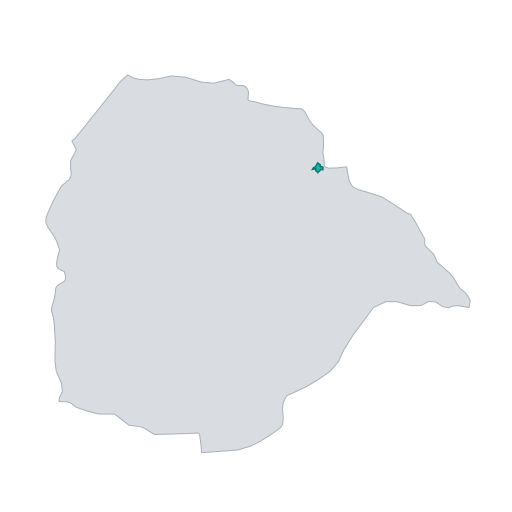 Plumtree, Matabeleland South, Zimbabwe (highlighted), rotated 175°
{"feature_id": "62879985B2376154175895", "entity_name": "Plumtree", "entity_type": "district", "adm_level": 2, "iso_a3": "ZWE", "parent_name": "Zimbabwe", "parent_adm1": "Matabeleland South", "projection": "albers", "projection_center": [27.803, -20.508], "detail": "fine", "context": "in_parent", "style": "filled", "palette": "teal", "viewbox_px": 512, "rotation_deg": 175, "n_neighbors": 0, "source": "geoboundaries", "source_scale": "gbopen_adm2", "svg_char_len": 2672}
<svg xmlns="http://www.w3.org/2000/svg" viewBox="0 0 512 512"><g transform="rotate(175 256 256)"><path d="M367.9,447.6L363.3,444.3L356.8,442.1L348.6,440.9L337.9,441.1L324.7,442.7L310.6,440.3L295.6,434.1L283.1,431.8L268.1,434.2L267.4,434.3L264.8,432.2L260.8,427.8L254.0,426.9L252.1,425.9L250.6,424.2L249.6,422.1L249.2,419.8L250.4,412.5L249.8,411.7L248.0,410.8L244.2,409.9L235.2,406.6L223.9,403.3L205.5,399.7L198.3,398.8L196.7,397.7L194.6,395.1L191.1,386.7L187.7,381.2L179.8,372.7L178.5,370.0L178.9,363.3L179.5,357.8L180.4,353.2L180.0,348.8L179.9,343.5L180.1,339.8L179.0,338.3L176.1,337.2L167.9,336.7L157.9,336.9L157.6,331.5L156.6,323.0L154.7,318.1L152.4,315.6L147.8,313.0L138.5,309.4L125.7,304.0L114.8,295.9L102.3,285.9L98.4,284.1L93.7,274.7L86.5,258.4L86.9,253.0L85.8,250.4L78.9,242.4L77.3,238.3L76.1,234.1L65.0,222.5L61.3,217.5L58.3,210.9L55.5,205.7L53.0,203.6L49.9,200.1L47.7,196.1L46.6,193.0L47.4,188.9L48.4,186.1L58.8,188.9L64.5,189.0L68.9,187.6L74.5,189.4L81.1,194.6L88.2,195.6L95.9,192.2L106.4,193.1L119.6,198.2L130.5,199.2L143.4,194.5L155.0,181.4L165.9,169.2L176.6,155.0L183.1,143.6L192.6,134.4L205.2,127.2L218.0,121.2L237.6,114.0L241.6,107.9L242.9,101.2L243.0,92.0L244.1,86.0L246.1,83.3L249.4,81.2L253.7,78.5L266.7,71.6L277.6,67.2L290.9,64.4L305.4,64.5L319.4,64.7L327.3,64.8L327.3,73.7L327.8,83.7L329.3,84.7L339.8,85.1L356.6,86.1L372.8,87.1L383.0,94.6L386.4,96.2L397.2,98.4L410.6,110.8L427.0,112.4L438.3,116.5L448.2,120.9L453.8,126.1L457.4,127.3L462.5,127.8L464.9,128.4L464.2,132.0L460.7,137.9L460.9,146.6L465.1,158.8L465.4,169.4L463.4,187.8L462.9,205.8L463.2,212.2L463.8,216.5L464.6,218.8L464.4,221.5L461.4,228.9L459.0,236.8L458.8,239.9L457.9,242.1L456.2,244.1L449.0,247.5L447.7,249.7L447.6,253.8L448.4,257.3L451.1,258.7L454.2,260.7L455.4,263.3L455.3,266.0L454.1,271.0L451.0,279.3L453.6,288.9L456.6,295.3L460.7,302.6L462.4,307.1L462.2,310.3L461.5,313.3L454.5,326.3L449.5,334.3L443.5,342.9L435.8,348.1L433.8,350.7L432.9,353.7L433.0,360.2L432.4,367.1L425.7,377.5L429.4,386.6L428.5,387.4L426.3,388.7L416.7,398.6L407.1,408.7L400.0,416.1L392.0,424.5L383.1,433.9L375.5,442.0L367.9,447.6Z" fill="#d9dde1" stroke="#a8b0b8" stroke-width="1"/><path d="M181.4,338.8L183.7,339.5L184.4,339.7L184.0,341.2L184.7,341.7L185.1,342.1L186.4,343.4L186.7,343.0L187.1,342.4L187.7,341.6L189.0,339.6L191.0,339.0L192.2,337.4L188.9,337.7L189.1,336.8L189.0,335.8L188.8,335.7L188.1,334.8L187.3,334.0L187.1,333.7L186.9,334.1L185.9,334.7L185.3,335.2L185.2,335.3L184.8,335.6L184.5,335.9L184.4,336.1L184.1,336.5L182.8,336.3L182.5,336.2L181.8,336.2L181.8,336.3L181.7,336.9L181.7,337.0L181.6,338.2L181.6,338.8L181.4,338.8L181.4,338.8Z" fill="#14b8a6" stroke="#0f766e" stroke-width="1.5"/></g></svg>